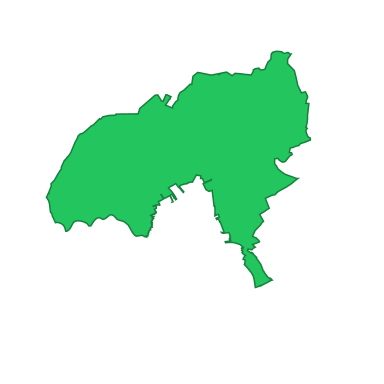 the district of Siguldas pag., Siguldas, Latvia, rotated 251°
{"feature_id": "27541924B22420925949574", "entity_name": "Siguldas pag.", "entity_type": "district", "adm_level": 2, "iso_a3": "LVA", "parent_name": "Latvia", "parent_adm1": "Siguldas", "projection": "mercator", "projection_center": [24.897, 57.148], "detail": "fine", "context": "isolated", "style": "filled", "palette": "green", "viewbox_px": 384, "rotation_deg": 251, "n_neighbors": 0, "source": "geoboundaries", "source_scale": "gbopen_adm2", "svg_char_len": 6029}
<svg xmlns="http://www.w3.org/2000/svg" viewBox="0 0 384 384"><g transform="rotate(251 192 192)"><path d="M82.6,239.0L83.3,238.4L83.6,238.8L85.1,237.8L84.8,237.3L86.7,236.1L88.2,235.3L88.3,235.5L91.1,234.5L93.9,234.0L94.1,233.7L101.3,233.5L108.7,231.3L109.1,231.8L113.8,229.4L114.1,229.7L115.4,228.8L114.9,228.2L118.4,225.4L119.8,226.4L118.2,229.0L118.0,229.6L117.9,230.2L118.9,231.3L119.0,232.8L119.2,233.3L119.2,233.8L122.6,232.2L122.8,239.3L123.2,239.7L125.3,239.0L127.4,237.8L127.7,237.8L130.2,234.8L130.5,234.8L133.8,238.1L134.1,238.1L135.2,239.5L138.8,246.6L139.9,247.6L141.0,250.1L148.8,248.7L149.9,254.1L150.6,256.1L151.4,259.7L162.2,259.3L162.6,264.2L162.9,266.3L162.4,269.6L164.1,273.0L164.4,273.8L165.2,278.2L165.9,282.6L167.4,288.5L169.3,293.4L170.3,296.5L170.6,295.5L178.7,285.5L182.7,282.7L186.1,280.7L188.2,280.5L192.0,279.4L196.4,280.9L195.9,284.2L194.4,284.5L192.3,285.9L190.6,287.5L190.5,290.2L194.3,296.1L194.7,298.9L196.6,298.9L196.8,298.7L197.2,297.6L197.8,296.9L201.7,299.3L201.2,301.8L201.5,305.1L201.1,308.1L202.5,310.5L202.3,314.7L202.6,320.9L204.4,321.4L206.6,319.6L211.3,319.3L213.6,320.0L214.6,321.7L216.1,320.7L216.4,321.1L220.0,323.4L224.6,325.5L226.0,325.8L237.6,331.3L238.8,328.5L242.2,330.5L242.6,331.1L243.9,332.2L245.5,332.4L249.7,331.9L250.0,330.9L250.0,327.8L258.2,326.7L265.3,327.6L273.5,328.3L282.1,324.2L286.1,325.5L287.7,327.2L288.7,328.7L290.2,330.6L290.5,329.5L291.8,328.9L292.8,328.1L292.8,325.6L293.2,324.3L294.0,323.2L295.4,322.5L296.9,319.3L297.7,317.1L297.8,313.9L297.5,313.9L297.2,312.3L295.0,311.1L292.0,309.9L291.0,308.1L290.4,306.4L287.2,303.3L284.3,300.9L284.6,297.9L285.4,296.1L286.3,296.1L286.5,295.8L287.3,295.6L287.6,295.0L287.5,294.4L288.0,291.8L287.9,291.2L287.7,291.1L287.5,289.7L286.3,289.3L283.3,286.1L285.2,282.2L286.1,280.0L287.8,276.8L290.2,271.3L288.9,267.8L294.0,263.9L294.4,262.1L295.0,257.2L294.2,256.6L294.2,256.0L295.1,256.6L296.2,248.4L301.9,238.7L303.2,236.2L301.1,230.6L293.8,226.8L294.5,225.3L290.9,217.5L289.9,213.1L287.4,210.5L283.3,208.3L282.7,206.1L279.5,201.6L277.8,200.9L282.7,195.2L286.9,200.6L287.0,201.3L287.3,201.7L287.8,201.8L288.9,203.2L292.2,199.8L292.4,198.9L287.2,194.2L288.1,192.8L294.9,191.3L295.5,188.6L288.0,169.9L283.4,166.5L290.4,145.5L289.5,144.7L291.4,138.5L292.1,132.1L290.8,129.9L290.7,128.7L291.4,128.4L287.5,120.5L287.2,118.2L284.5,111.8L283.6,109.3L283.0,107.2L283.3,105.9L283.3,105.4L282.4,103.0L281.4,101.9L280.7,101.6L276.7,97.3L268.9,90.4L267.0,88.1L265.1,84.6L264.6,84.5L264.6,84.1L263.1,81.3L258.0,76.5L256.5,76.1L256.3,75.9L254.7,73.5L253.9,72.8L252.7,71.1L248.1,66.0L245.6,61.3L243.9,61.1L241.3,59.1L238.2,56.4L237.5,56.3L237.8,56.0L234.3,52.6L231.4,53.4L229.9,53.6L227.3,53.4L218.8,51.6L217.5,52.4L214.1,52.1L212.8,52.4L207.4,52.9L207.3,54.0L206.7,55.6L204.6,58.2L202.2,59.7L199.8,60.1L196.0,59.9L195.7,60.7L195.8,61.8L196.2,63.1L197.2,65.0L201.0,69.0L202.0,70.5L202.2,71.6L202.3,73.1L202.0,74.5L201.5,75.8L200.3,78.1L199.0,79.8L196.8,82.2L194.9,83.1L193.7,83.3L193.0,84.6L193.0,85.5L194.9,87.7L196.8,90.3L197.9,92.6L198.2,94.2L198.1,95.4L197.5,96.6L196.8,97.3L195.9,98.0L195.0,99.1L195.0,101.0L195.6,103.0L196.8,106.1L197.0,107.1L196.9,108.0L195.2,110.2L193.6,111.0L190.5,112.3L189.0,113.9L187.5,116.3L186.0,118.2L181.5,121.0L173.3,122.5L170.0,123.6L168.5,124.7L168.2,125.8L167.5,129.8L167.2,130.7L166.4,131.8L165.5,132.3L165.1,132.8L165.2,133.0L164.8,133.5L165.0,133.9L164.3,134.4L165.2,134.6L165.1,135.1L165.2,135.4L164.8,135.8L165.3,136.0L165.8,136.6L166.3,136.7L166.5,137.1L167.0,136.8L167.5,137.4L168.2,137.7L168.3,137.8L168.1,138.1L168.9,138.3L169.1,138.5L169.0,138.9L169.4,139.3L169.9,140.2L170.2,140.0L170.4,140.2L170.0,140.6L171.4,140.9L171.7,141.2L171.7,141.7L171.6,142.1L171.8,142.2L171.9,142.5L171.7,142.9L172.3,143.0L172.5,142.4L173.2,142.8L173.5,143.4L173.8,143.3L174.1,143.7L174.4,143.4L175.8,144.6L176.0,144.5L176.0,144.3L175.7,144.2L175.8,143.7L176.1,144.0L177.0,143.7L177.5,143.9L177.5,144.4L177.9,144.5L178.1,144.7L177.8,144.9L177.9,145.1L178.3,145.5L178.8,145.4L179.1,145.8L179.1,146.2L179.2,146.6L179.6,146.1L179.9,147.0L180.5,147.0L180.9,146.6L180.8,147.3L181.0,147.9L183.3,145.3L183.5,145.6L183.4,145.8L183.4,146.3L183.8,147.5L183.6,147.7L183.4,147.7L183.3,148.2L183.4,148.6L183.0,149.1L183.6,149.2L183.7,149.8L184.3,150.1L184.3,150.3L184.0,150.4L184.1,150.5L183.8,150.8L184.2,151.6L184.5,151.7L187.9,150.9L188.1,152.8L191.1,154.0L191.0,152.4L191.3,150.8L191.5,151.0L191.3,152.3L191.4,153.4L191.3,154.2L190.1,157.2L191.2,157.5L193.2,157.1L193.5,157.3L193.9,157.2L194.2,158.7L193.9,158.9L194.8,163.0L199.6,161.8L199.6,162.0L194.8,163.2L195.7,170.0L189.9,170.6L189.5,170.5L189.0,170.0L189.0,170.9L196.0,170.3L196.3,172.5L194.4,172.7L192.0,173.1L191.9,173.6L190.0,174.0L190.3,175.1L192.2,174.6L192.3,174.8L192.8,174.7L197.6,173.5L200.6,172.4L203.1,171.1L203.6,171.1L204.2,173.8L204.7,177.1L205.3,179.4L201.1,180.7L200.9,180.8L201.0,181.1L194.4,183.6L194.8,184.3L201.3,181.8L201.8,183.0L202.1,183.5L201.9,188.9L201.6,188.9L201.5,190.4L201.8,190.7L201.8,192.7L201.8,192.9L202.0,192.9L201.2,195.7L202.1,196.6L206.7,201.7L204.3,205.6L202.0,204.5L201.3,206.3L196.6,206.6L197.4,214.3L196.7,213.8L197.0,213.5L196.2,205.2L189.7,206.0L187.0,208.3L187.0,211.6L171.6,208.3L171.6,208.9L168.4,208.2L165.4,207.2L162.0,205.8L162.3,209.6L159.5,209.8L159.3,206.2L157.9,206.4L158.1,208.1L154.7,208.5L154.8,208.9L143.0,209.2L143.3,208.2L144.4,206.6L144.0,206.6L142.8,208.0L142.7,208.3L141.7,213.6L137.2,213.8L137.2,213.1L135.6,213.1L135.5,212.0L134.3,212.1L134.3,212.8L133.7,212.9L133.7,212.2L133.3,212.2L133.3,211.8L134.1,208.1L134.2,207.2L133.0,207.3L132.7,209.0L132.0,211.3L130.8,214.6L129.6,216.5L127.1,219.8L126.1,220.6L124.2,221.9L122.6,222.5L122.3,221.4L123.1,221.0L122.6,220.4L121.2,221.1L120.7,219.9L119.1,220.6L118.3,219.5L115.8,220.7L114.8,221.9L113.5,220.2L112.9,219.2L111.6,218.4L110.4,220.2L107.0,218.5L106.4,217.9L102.7,219.5L97.1,221.6L93.7,222.4L91.7,222.5L89.0,222.3L81.1,220.8L81.0,223.9L81.4,226.0L80.8,226.0L82.6,237.6L82.6,239.0Z" fill="#22c55e" stroke="#15803d" stroke-width="1.5"/></g></svg>